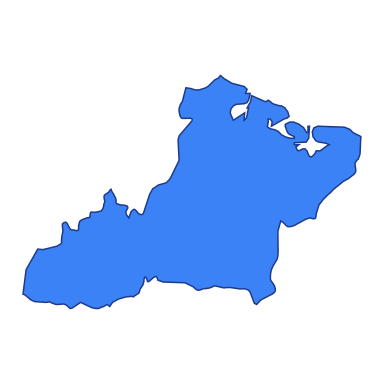 an SVG outline of Las Tunas
{"feature_id": "CUB-1368", "entity_name": "Las Tunas", "entity_type": "Province", "adm_level": 1, "iso_a3": "CUB", "parent_name": "Cuba", "parent_adm1": "", "projection": "equal_earth", "projection_center": [-77.037, 21.068], "detail": "fine", "context": "isolated", "style": "filled", "palette": "blue", "viewbox_px": 384, "rotation_deg": 0, "n_neighbors": 0, "source": "natural_earth", "source_scale": "10m", "svg_char_len": 4171}
<svg xmlns="http://www.w3.org/2000/svg" viewBox="0 0 384 384"><path d="M220.5,75.5L223.8,78.4L231.9,83.3L244.2,86.5L247.1,89.3L245.5,93.4L250.1,93.4L248.8,99.6L247.0,102.6L244.3,103.7L236.4,104.3L233.3,105.9L231.0,108.8L230.2,113.0L233.3,120.3L244.7,112.8L244.0,120.3L246.2,118.3L247.2,115.2L247.7,111.6L248.6,108.0L247.1,108.0L250.2,102.2L251.1,99.2L251.5,95.6L265.1,101.6L266.4,101.5L268.2,100.2L269.1,100.7L272.9,103.8L278.9,105.6L281.3,105.8L284.7,107.7L287.8,111.9L289.1,116.2L287.4,118.0L283.8,119.1L271.4,126.2L272.2,121.7L270.2,119.1L268.0,119.0L268.3,122.1L267.3,126.8L270.2,128.8L274.7,129.7L278.3,131.5L281.6,134.8L285.4,136.9L289.6,138.1L294.3,138.4L294.3,136.6L289.5,134.4L288.0,133.1L286.7,130.5L285.2,126.2L285.3,124.3L289.6,122.1L293.5,122.0L298.8,124.1L303.7,127.8L306.6,132.5L308.0,132.5L308.0,126.2L309.5,126.2L308.7,138.2L306.2,142.1L294.3,142.7L294.3,144.7L298.9,144.7L296.7,146.3L295.8,146.8L297.6,150.6L299.8,150.5L302.3,149.0L305.0,148.8L306.9,150.8L309.1,156.0L311.2,157.0L312.3,156.3L313.8,154.9L315.2,153.2L315.7,151.8L316.3,150.8L317.5,150.7L319.0,151.0L320.1,150.8L326.7,146.0L329.3,144.7L325.8,143.2L318.5,142.0L315.7,140.7L313.0,136.7L312.3,131.9L313.8,127.9L317.8,126.2L344.5,127.2L349.9,129.4L353.1,132.7L360.3,136.2L361.0,136.9L360.8,137.3L360.0,154.1L358.3,159.1L357.2,160.0L356.3,161.0L355.1,163.0L355.1,164.8L355.8,170.2L355.5,172.1L354.3,174.0L348.3,178.7L343.4,181.3L333.6,189.3L330.0,193.1L328.7,194.0L323.2,199.5L319.0,204.9L316.4,213.2L315.7,217.7L315.0,218.6L313.4,218.8L312.3,218.6L311.0,218.0L308.9,218.2L306.0,219.1L294.3,225.5L290.7,226.6L289.1,226.7L287.8,226.6L286.8,226.1L285.6,225.0L283.3,222.5L280.7,221.0L277.9,231.2L278.1,252.3L277.8,256.5L277.0,259.4L273.0,266.0L271.3,270.0L270.7,272.7L270.4,276.6L270.4,279.0L270.9,280.6L273.4,284.0L274.5,286.1L275.4,289.1L275.2,290.9L274.6,292.2L272.3,294.1L270.2,295.1L261.3,299.7L260.3,300.5L256.6,304.5L254.3,303.2L250.1,292.1L248.1,289.9L244.8,288.8L239.7,288.9L230.3,287.5L225.8,287.6L224.0,287.9L214.7,285.8L209.8,287.9L206.5,288.5L203.4,288.7L199.8,290.1L197.8,290.2L196.3,289.6L193.1,286.7L185.0,282.8L163.1,282.0L157.9,280.2L157.4,278.4L156.5,276.6L155.1,276.6L153.4,277.6L149.9,280.7L148.5,281.6L147.6,281.6L146.7,278.8L145.5,277.1L144.7,277.4L144.1,278.8L143.8,281.9L143.3,283.7L142.8,285.1L140.6,288.4L139.8,290.0L139.3,291.9L139.0,292.7L138.6,293.3L137.6,294.0L134.2,296.1L133.3,296.9L133.2,296.9L131.8,296.3L125.4,297.0L118.4,299.1L112.6,302.3L109.7,306.5L107.5,304.8L106.3,304.8L105.1,305.7L103.6,306.5L101.2,307.3L99.8,308.0L98.3,308.5L95.8,308.5L91.9,307.7L80.6,302.4L71.9,308.2L70.0,308.5L66.7,305.4L65.2,304.5L63.6,304.0L57.0,304.5L55.2,304.2L50.9,302.6L49.4,301.5L48.6,302.1L45.7,302.4L34.8,301.6L31.0,300.0L25.0,294.9L23.0,294.2L26.1,269.7L37.7,249.1L42.9,249.6L56.5,246.3L59.9,244.5L61.7,242.9L61.5,241.2L61.6,239.1L61.8,236.8L62.8,231.9L62.9,230.2L62.7,228.3L62.4,226.4L62.4,224.0L64.1,222.5L65.6,222.2L66.8,222.9L68.0,225.0L68.9,226.8L70.0,228.7L70.8,229.6L72.1,229.9L74.6,230.1L75.7,230.5L77.4,230.7L78.1,230.0L78.6,229.0L78.6,225.3L79.8,221.2L82.0,219.7L86.5,218.0L89.7,217.4L90.4,213.0L91.0,212.1L91.5,212.1L94.4,212.3L97.4,211.9L101.4,210.9L102.9,208.5L103.6,206.5L103.8,204.4L104.8,201.8L104.8,201.4L104.3,199.1L104.1,197.8L104.1,196.1L104.5,195.1L105.3,194.4L108.5,192.4L110.1,190.0L110.8,189.4L111.2,189.3L111.3,190.0L111.5,190.7L111.9,191.5L112.8,193.1L113.5,194.0L115.4,197.7L115.9,199.1L116.1,200.5L116.0,202.2L116.1,203.0L116.6,203.6L120.5,204.9L124.3,205.2L126.1,205.7L127.2,206.1L127.7,206.9L127.8,207.6L127.6,208.4L126.1,211.2L125.9,212.0L125.9,213.0L126.6,215.0L128.8,217.9L131.1,211.7L132.6,210.2L134.0,209.3L135.0,209.6L136.0,210.5L138.3,213.3L139.6,214.1L141.4,214.8L143.3,213.6L149.7,194.2L152.8,188.7L155.5,187.1L157.6,185.5L158.7,184.9L165.2,183.1L166.6,182.5L169.5,179.4L170.9,177.2L179.1,160.3L178.1,141.0L178.2,139.0L179.4,135.5L191.9,120.9L192.3,119.8L191.8,118.8L190.6,118.3L182.0,118.4L181.0,117.5L180.0,115.8L179.0,110.9L179.2,108.1L180.5,104.2L182.4,101.4L185.9,87.8L190.3,88.4L195.5,90.0L199.4,89.8L205.5,87.9L208.3,86.2L214.6,80.0L218.2,78.2L220.0,76.0L220.5,75.5Z" fill="#3b82f6" stroke="#1e3a8a" stroke-width="1.5"/></svg>